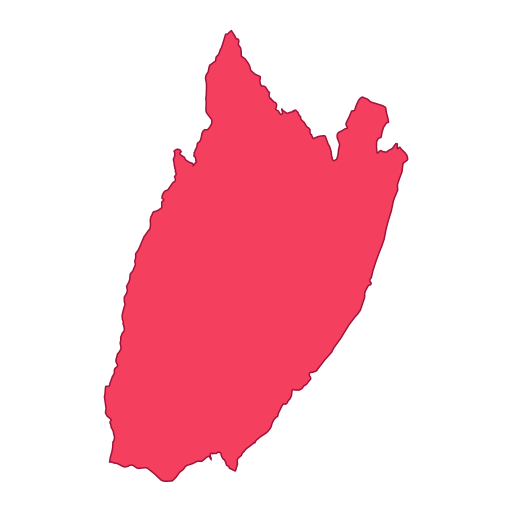 outline of Valle De San Juan, Tolima, Colombia
{"feature_id": "7082276B19583414449803", "entity_name": "Valle De San Juan", "entity_type": "district", "adm_level": 2, "iso_a3": "COL", "parent_name": "Colombia", "parent_adm1": "Tolima", "projection": "equal_earth", "projection_center": [-75.172, 4.189], "detail": "fine", "context": "isolated", "style": "filled", "palette": "rose", "viewbox_px": 512, "rotation_deg": 0, "n_neighbors": 0, "source": "geoboundaries", "source_scale": "gbopen_adm2", "svg_char_len": 6073}
<svg xmlns="http://www.w3.org/2000/svg" viewBox="0 0 512 512"><path d="M109.6,462.0L111.6,462.1L114.0,463.0L117.2,463.5L123.0,466.5L124.7,467.0L128.1,466.3L129.5,465.3L131.8,465.0L133.2,465.5L136.9,468.0L138.6,468.4L145.4,467.6L146.6,467.9L147.6,468.3L154.5,473.8L161.0,480.0L163.2,481.0L166.1,481.3L172.3,480.9L175.9,477.4L179.5,472.4L183.5,469.2L185.3,466.6L186.7,465.5L192.4,463.7L197.6,461.1L201.0,461.4L202.3,461.0L206.5,457.4L208.1,456.3L209.3,456.6L211.0,459.3L211.2,458.3L210.5,456.9L210.2,454.9L210.9,453.3L211.3,453.1L212.9,453.8L213.6,453.4L216.1,453.5L218.4,452.0L220.7,452.9L221.5,456.0L222.6,458.2L223.3,459.2L224.4,459.8L225.3,461.4L226.4,464.7L227.0,465.5L228.0,465.9L229.0,466.9L229.4,468.2L234.9,470.9L235.5,470.8L237.5,464.1L237.2,460.4L237.8,458.5L241.3,455.5L242.3,453.1L243.6,452.0L246.1,448.9L253.7,443.1L253.8,442.7L254.3,442.4L254.8,442.8L255.9,440.7L256.8,439.7L258.1,438.8L259.5,437.4L266.0,433.1L267.6,431.7L269.4,429.5L270.5,428.0L271.3,426.2L272.1,423.2L273.7,420.0L276.1,417.2L277.2,416.7L277.7,416.2L278.3,413.4L282.2,405.4L283.5,403.9L285.4,404.2L286.8,403.4L288.5,400.3L289.8,399.2L291.4,395.9L292.1,390.3L293.1,389.5L294.7,390.0L299.1,390.1L301.8,388.7L302.6,387.8L303.5,386.2L306.4,384.4L309.7,380.0L310.3,379.7L310.7,378.9L310.7,377.9L310.3,376.9L309.6,376.0L309.2,374.5L309.5,373.3L310.5,372.4L312.7,372.3L316.6,370.8L317.5,369.3L324.9,359.7L331.6,352.2L333.7,348.0L340.8,338.2L348.9,324.9L355.0,316.9L357.5,314.2L360.3,310.3L364.5,297.9L364.7,296.6L364.7,293.1L365.5,290.8L368.0,286.1L368.7,285.4L370.3,284.8L371.1,284.0L371.1,282.9L369.9,281.2L369.9,279.5L371.3,277.7L372.9,270.8L376.2,260.5L379.6,251.4L381.7,246.3L384.1,239.3L386.0,229.5L387.8,222.3L391.3,211.0L393.3,201.2L394.2,198.5L397.7,190.1L397.4,184.6L399.7,177.8L402.0,171.8L402.8,165.2L403.1,163.6L403.5,163.0L407.0,160.4L407.6,159.6L407.6,157.9L406.8,155.2L405.0,152.8L401.3,149.2L400.0,147.4L399.3,147.3L397.7,148.6L397.3,148.6L397.1,147.9L397.4,144.5L397.3,143.9L396.9,143.6L395.7,143.8L392.8,147.9L391.9,148.7L388.2,150.7L386.9,151.9L386.0,152.1L382.7,151.6L380.8,150.5L379.5,151.1L377.8,153.0L377.0,152.6L376.5,147.4L376.6,141.6L378.5,138.2L380.7,137.6L381.1,137.2L382.0,132.4L383.5,127.4L386.5,122.8L388.1,122.5L388.5,122.0L388.0,118.7L386.3,112.0L385.8,108.2L385.2,107.2L382.9,105.7L370.8,102.0L367.6,99.2L362.5,97.1L361.5,97.3L359.5,99.1L358.4,100.7L355.9,106.2L354.8,109.9L354.0,110.8L351.9,110.9L351.4,111.4L349.3,116.6L346.2,122.9L345.9,124.6L346.5,126.0L347.4,127.2L347.4,128.1L344.9,128.9L341.5,131.0L338.9,132.2L337.5,133.8L337.1,135.0L337.2,137.8L339.5,143.8L339.5,145.4L338.6,149.2L337.9,155.3L336.9,158.6L336.4,159.4L334.8,160.4L333.3,160.6L332.4,159.2L332.0,157.1L331.6,156.1L331.1,151.3L329.4,145.9L328.3,144.5L325.5,136.7L324.9,135.9L323.8,135.7L320.3,136.1L317.7,136.7L313.3,138.6L312.6,137.5L311.6,135.4L311.6,134.8L310.7,134.2L310.0,132.8L310.0,129.8L309.7,129.2L308.5,127.9L306.7,126.7L304.2,122.4L301.2,119.7L300.8,119.0L300.6,116.8L298.8,114.8L298.3,113.2L297.7,112.2L295.7,110.2L294.6,110.2L293.9,111.0L293.2,110.8L292.7,111.6L291.9,112.0L290.3,112.2L287.7,113.3L287.0,113.3L282.7,110.4L281.9,109.1L281.7,109.3L281.8,110.2L282.5,111.6L282.5,113.5L281.3,114.4L280.5,114.4L279.7,113.3L279.3,112.3L278.7,111.9L278.4,111.0L276.7,110.2L275.6,109.1L276.5,106.5L276.6,104.5L276.3,103.8L275.5,102.6L273.4,101.7L272.8,100.6L271.6,99.8L270.8,98.4L270.0,98.4L269.0,95.9L269.5,92.3L268.4,91.7L265.8,87.5L264.9,86.6L263.8,86.1L261.6,86.0L260.9,85.0L260.2,83.1L259.8,80.6L260.4,77.9L260.3,77.1L260.0,76.4L255.2,74.3L251.2,70.9L250.7,70.0L249.7,66.1L248.6,63.8L245.2,59.0L241.3,56.0L241.2,51.5L240.6,48.0L238.4,44.7L238.3,44.0L238.9,41.2L238.5,39.6L238.0,39.0L236.2,38.9L234.7,35.7L231.4,30.7L230.7,31.1L227.6,34.0L225.6,34.3L222.3,45.2L221.2,48.2L220.5,49.2L218.7,54.3L216.2,56.9L215.5,60.8L215.1,61.5L213.4,62.4L212.5,63.3L209.7,65.2L209.0,67.4L208.2,71.8L206.5,74.4L205.8,76.2L205.5,78.5L206.3,82.3L206.5,86.1L206.3,94.4L205.8,98.6L206.2,102.2L205.9,109.9L206.2,112.0L207.5,114.1L211.6,119.5L211.9,120.7L211.7,123.6L209.5,127.5L207.7,129.5L207.0,129.8L204.7,129.7L203.1,131.1L202.1,133.0L201.1,138.0L200.5,140.0L199.6,141.6L197.5,143.2L197.1,144.6L197.1,146.1L196.0,148.9L195.3,149.6L195.0,151.5L194.1,152.6L194.3,154.4L193.9,155.6L194.1,156.4L195.1,156.8L195.7,158.8L195.8,160.6L196.5,161.9L195.2,163.0L194.7,164.0L193.3,165.5L193.2,164.3L192.5,163.4L189.4,162.3L186.1,160.2L185.2,159.3L184.5,157.4L180.9,155.0L179.9,154.0L179.7,153.6L179.9,153.0L181.2,151.8L180.3,150.2L178.8,149.4L177.2,149.2L175.5,150.0L174.0,151.2L174.8,153.0L174.7,155.3L174.6,156.4L173.5,158.8L173.4,160.1L174.2,163.3L174.2,165.3L174.7,166.6L174.8,168.3L175.5,169.8L175.3,171.3L176.1,173.4L176.2,174.0L175.7,175.1L174.5,176.7L175.4,178.8L175.2,180.9L174.8,181.5L173.1,182.3L167.9,189.8L165.0,191.1L163.8,192.3L162.6,194.5L162.0,196.8L162.0,197.9L162.1,198.4L163.5,199.3L163.7,199.9L163.5,200.5L162.1,201.5L161.7,202.5L161.8,207.2L161.5,207.9L158.4,210.1L156.3,211.1L153.6,211.8L152.7,212.9L151.8,215.3L150.9,216.9L150.5,218.5L150.2,220.9L150.5,223.6L150.4,225.8L149.9,229.1L148.7,230.1L144.0,236.8L139.4,247.6L138.3,250.0L135.9,253.3L135.6,254.2L135.7,257.7L134.8,261.0L134.9,262.3L135.5,264.4L132.7,271.2L130.5,273.6L130.1,274.6L129.8,279.0L129.0,281.7L126.6,286.4L127.4,290.6L126.5,293.4L124.3,297.1L124.3,301.5L125.1,304.5L123.9,307.8L122.1,315.2L122.4,319.4L123.3,321.4L123.0,323.4L123.9,326.6L124.3,328.6L124.3,330.6L122.4,333.0L120.7,337.3L120.8,340.5L120.2,342.3L120.3,343.9L121.0,347.3L120.8,349.3L118.9,352.4L117.6,353.8L115.9,360.0L116.0,361.8L117.5,364.8L117.6,365.8L116.8,367.0L115.0,368.4L114.7,368.9L114.3,370.8L114.4,372.6L114.1,373.8L112.4,376.6L109.9,383.4L109.6,385.3L109.0,386.1L105.9,386.4L105.5,387.2L104.9,394.7L104.4,396.6L106.1,408.9L105.6,411.1L105.5,413.1L107.2,416.2L110.0,418.4L111.1,419.7L111.0,420.6L110.3,421.2L110.0,422.6L110.3,423.6L110.8,424.4L111.1,427.1L113.2,431.1L113.7,434.1L114.5,436.8L114.5,437.8L114.1,439.9L113.8,440.9L113.0,441.7L112.6,447.8L112.1,450.8L110.2,457.9L109.6,462.0Z" fill="#f43f5e" stroke="#9f1239" stroke-width="1.5"/></svg>